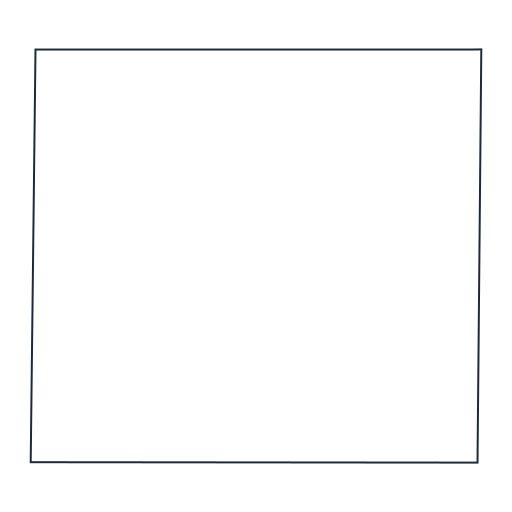 the district of Sherman, Nebraska, United States of America
{"feature_id": "52423323B24565972155121", "entity_name": "Sherman", "entity_type": "district", "adm_level": 2, "iso_a3": "USA", "parent_name": "United States of America", "parent_adm1": "Nebraska", "projection": "robinson", "projection_center": [-98.9, 41.22], "detail": "fine", "context": "isolated", "style": "outline", "palette": "slate", "viewbox_px": 512, "rotation_deg": 0, "n_neighbors": 0, "source": "geoboundaries", "source_scale": "gbopen_adm2", "svg_char_len": 193}
<svg xmlns="http://www.w3.org/2000/svg" viewBox="0 0 512 512"><path d="M481.3,49.4L474.3,49.5L35.5,49.5L30.7,462.2L477.5,462.6L481.3,49.4Z" fill="none" stroke="#1e293b" stroke-width="2"/></svg>